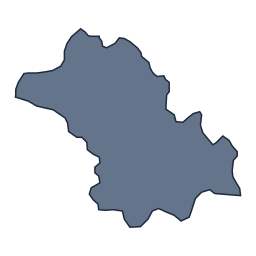 the district of Gumi-si, North Gyeongsang, South Korea
{"feature_id": "91817680B86853073591153", "entity_name": "Gumi-si", "entity_type": "district", "adm_level": 2, "iso_a3": "KOR", "parent_name": "South Korea", "parent_adm1": "North Gyeongsang", "projection": "natural_earth1", "projection_center": [128.363, 36.205], "detail": "fine", "context": "isolated", "style": "filled", "palette": "slate", "viewbox_px": 256, "rotation_deg": 0, "n_neighbors": 0, "source": "geoboundaries", "source_scale": "gbopen_adm2", "svg_char_len": 1367}
<svg xmlns="http://www.w3.org/2000/svg" viewBox="0 0 256 256"><path d="M163.9,75.8L157.3,76.5L154.1,74.1L152.1,71.7L150.1,67.7L148.9,62.5L146.5,60.5L141.7,56.5L140.9,52.6L137.7,48.2L130.1,41.8L124.5,38.6L119.4,37.8L115.0,43.4L106.6,47.8L102.6,46.2L101.8,41.4L99.0,37.4L99.2,36.3L90.6,36.3L88.1,35.6L85.0,31.9L80.6,28.8L71.3,36.9L66.9,43.7L64.4,51.2L64.4,59.9L60.7,66.2L52.6,70.5L45.7,71.8L37.0,73.0L28.2,73.0L23.9,73.6L18.3,82.4L15.8,89.2L15.7,96.1L15.4,97.1L28.2,101.1L36.9,106.1L53.2,109.8L65.0,117.9L67.5,122.9L68.7,131.6L76.8,137.3L81.8,137.3L86.8,142.2L87.4,149.7L93.1,154.1L99.3,157.2L99.9,162.9L94.9,167.2L94.9,172.8L98.7,176.0L99.9,182.8L91.2,187.8L89.3,194.1L93.1,199.7L98.0,204.1L98.7,209.7L105.5,210.3L113.0,209.7L122.4,211.0L124.3,219.1L129.9,227.2L140.5,226.6L148.0,219.1L152.3,211.0L158.6,208.5L166.7,212.2L174.2,215.3L181.0,221.0L189.2,217.2L191.6,210.3L195.4,198.5L201.6,192.2L209.7,189.7L214.7,193.5L221.6,194.1L240.6,195.6L240.3,193.5L239.7,188.5L235.9,182.2L232.8,176.6L232.2,170.3L233.4,160.4L237.2,156.0L237.2,151.6L232.2,146.0L229.1,140.4L222.8,136.0L216.0,142.9L212.8,144.7L209.7,141.0L202.9,132.9L200.4,125.4L201.6,114.8L199.7,111.7L193.5,113.5L188.5,117.3L182.9,122.3L176.0,121.7L174.2,114.8L166.0,109.2L166.0,105.4L166.7,94.8L169.2,91.7L169.2,86.1L169.2,82.4L165.4,79.3L163.9,75.8Z" fill="#64748b" stroke="#1e293b" stroke-width="1.5"/></svg>